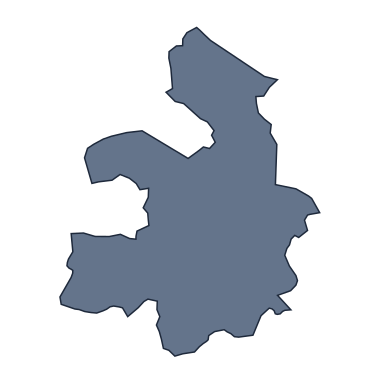 SVG path tracing the border of Madona, rotated 272°
{"feature_id": "LVA-1087", "entity_name": "Madona", "entity_type": "Municipality", "adm_level": 1, "iso_a3": "LVA", "parent_name": "Latvia", "parent_adm1": "", "projection": "mercator", "projection_center": [26.234, 56.844], "detail": "fine", "context": "isolated", "style": "filled", "palette": "slate", "viewbox_px": 384, "rotation_deg": 272, "n_neighbors": 0, "source": "natural_earth", "source_scale": "10m", "svg_char_len": 1836}
<svg xmlns="http://www.w3.org/2000/svg" viewBox="0 0 384 384"><g transform="rotate(272 192 192)"><path d="M356.6,190.9L354.0,194.1L349.8,198.7L344.1,205.2L310.0,260.3L307.2,273.4L299.4,265.7L290.4,260.3L289.6,252.5L282.7,253.3L273.3,255.6L267.3,261.8L262.2,268.8L253.6,268.1L242.5,275.1L202.3,275.1L198.8,295.8L192.0,308.7L189.8,311.8L175.8,320.3L173.8,310.8L173.0,308.3L167.8,305.4L157.6,308.8L150.3,300.2L152.2,296.2L148.4,292.7L142.6,291.3L138.9,288.8L132.0,286.9L121.4,291.9L112.1,298.8L107.1,300.5L102.5,299.1L96.8,294.0L91.7,281.1L77.7,294.9L77.0,288.9L75.8,286.7L73.3,284.4L72.7,281.5L73.2,279.5L76.3,278.2L78.0,276.0L78.6,273.2L70.8,265.3L51.0,257.9L48.6,243.7L48.9,239.4L51.8,235.8L53.5,231.9L55.5,229.0L53.3,219.5L49.1,213.7L44.9,213.3L43.3,211.8L40.8,208.3L37.7,204.8L32.2,200.1L30.0,188.5L27.4,180.6L33.0,174.4L34.7,168.9L43.7,166.6L51.4,164.2L57.8,161.1L66.3,164.2L73.2,161.1L81.7,161.1L83.4,151.7L80.9,147.8L74.5,142.3L65.2,132.1L73.8,126.6L74.6,123.2L75.3,117.7L74.4,114.1L71.9,110.8L70.1,107.1L67.7,101.0L68.0,95.3L68.8,89.0L70.6,83.3L71.0,79.0L75.2,65.2L82.5,63.7L102.4,74.2L106.7,75.6L109.5,75.6L110.6,73.9L111.6,71.8L113.9,69.6L117.2,69.9L120.7,70.9L128.1,75.0L146.2,72.7L147.2,85.0L144.2,96.7L144.6,110.9L147.2,121.9L143.3,131.3L142.9,137.6L145.9,137.6L151.0,138.4L157.0,150.1L162.5,149.3L169.4,148.5L174.5,143.8L185.2,148.5L194.2,148.5L192.5,139.9L198.5,136.0L203.6,128.9L207.0,119.5L201.0,111.7L198.9,98.3L197.1,91.7L222.4,83.4L232.0,86.1L236.2,92.0L241.8,101.5L244.9,109.5L249.1,124.7L251.4,140.0L225.4,186.9L234.0,197.9L237.4,201.8L236.1,208.0L242.5,213.5L249.4,209.6L254.1,211.9L262.6,204.9L265.6,197.9L280.1,180.6L281.9,172.0L290.8,162.6L294.7,168.9L314.8,166.6L325.0,164.2L331.5,164.2L337.4,171.3L337.9,177.5L344.7,177.5L351.1,181.4L356.6,190.9Z" fill="#64748b" stroke="#1e293b" stroke-width="1.5"/></g></svg>